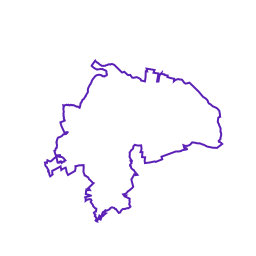 Pericei, Salaj, Romania, rotated 247°
{"feature_id": "2599482B97319558947930", "entity_name": "Pericei", "entity_type": "district", "adm_level": 2, "iso_a3": "ROU", "parent_name": "Romania", "parent_adm1": "Salaj", "projection": "albers", "projection_center": [22.87, 47.24], "detail": "fine", "context": "isolated", "style": "outline", "palette": "violet", "viewbox_px": 256, "rotation_deg": 247, "n_neighbors": 0, "source": "geoboundaries", "source_scale": "gbopen_adm2", "svg_char_len": 5691}
<svg xmlns="http://www.w3.org/2000/svg" viewBox="0 0 256 256"><g transform="rotate(247 128 128)"><path d="M191.3,140.1L192.6,139.0L193.2,138.1L193.4,137.5L193.3,136.6L193.9,135.9L194.2,134.6L194.1,133.6L194.3,132.3L194.2,131.3L195.3,128.4L197.3,126.9L199.8,125.7L200.3,125.1L201.4,124.7L202.2,124.0L202.7,124.0L199.7,119.0L199.4,118.8L196.5,120.2L194.0,122.2L193.8,122.6L193.9,122.9L193.4,124.0L193.1,125.7L192.2,127.2L192.2,127.7L191.7,127.9L189.4,130.1L188.7,130.3L186.9,129.6L185.8,129.6L185.0,129.2L184.8,128.5L185.0,127.4L184.6,126.7L184.7,126.2L185.4,125.5L185.7,124.7L186.1,124.7L186.8,124.3L188.3,122.3L188.8,120.0L188.8,119.3L188.5,118.1L186.4,114.2L185.2,112.8L184.3,112.1L183.6,111.1L182.9,110.5L182.7,109.8L180.1,106.8L178.5,105.8L176.7,105.1L176.0,104.2L175.2,102.9L173.8,101.5L173.9,101.2L173.4,100.8L173.2,100.3L171.9,98.6L171.8,98.0L171.9,97.7L171.4,96.6L170.6,96.0L170.3,95.4L169.7,95.1L169.3,94.0L166.8,92.5L165.6,91.4L166.1,91.1L166.3,90.7L167.0,90.5L167.5,89.9L167.5,89.4L167.9,88.9L168.1,88.6L168.4,88.5L168.8,88.0L169.7,87.5L170.0,87.0L170.7,86.3L170.7,85.4L171.6,84.6L171.8,84.1L171.6,83.5L171.8,82.7L172.7,82.3L172.8,81.1L173.5,80.4L173.5,80.0L173.4,79.5L173.8,78.1L173.8,77.6L174.1,77.3L173.7,77.2L173.1,77.6L172.9,77.5L172.7,77.0L172.3,76.7L171.8,76.7L171.3,76.2L170.3,75.8L167.9,75.2L166.4,74.1L165.1,73.9L164.6,73.4L162.3,73.1L161.7,72.5L160.3,72.6L159.8,72.8L159.5,72.5L159.6,68.0L156.0,67.5L148.7,67.7L148.2,69.1L148.0,70.4L147.7,70.8L147.5,70.7L146.7,68.6L147.4,65.9L146.7,64.5L146.4,63.6L146.3,61.4L146.5,60.3L146.3,59.6L145.0,58.2L143.1,56.9L143.0,56.6L142.4,56.7L141.6,56.2L140.3,56.1L138.2,54.9L137.6,54.7L137.5,53.6L137.1,53.2L136.1,52.7L135.7,52.1L135.7,51.3L132.5,50.9L131.6,51.0L130.8,51.2L129.6,54.8L128.8,54.7L129.3,52.8L128.9,52.8L127.9,54.2L127.6,55.2L126.8,56.1L124.8,57.1L122.6,57.7L122.5,56.2L122.1,56.1L122.3,53.9L121.9,53.8L121.8,53.3L123.1,53.4L123.5,53.3L123.7,52.9L123.6,51.9L123.1,51.8L122.9,51.3L123.5,49.8L123.6,49.7L124.8,49.9L128.6,50.7L130.1,50.8L130.2,50.6L129.2,50.2L129.1,48.8L127.5,44.1L127.6,43.4L127.7,43.1L129.8,41.2L127.6,39.8L128.2,39.2L128.6,38.1L127.5,38.0L127.0,37.6L125.8,37.3L124.8,37.4L123.5,38.0L122.1,38.0L120.4,38.4L119.8,38.3L119.7,37.7L119.2,37.4L117.8,38.0L115.7,37.4L113.9,37.5L114.7,40.5L115.5,40.5L118.2,41.5L118.3,44.5L119.0,50.9L115.4,50.2L115.8,51.3L115.9,55.1L113.7,54.9L112.2,54.3L108.2,54.4L108.3,55.4L109.2,62.5L111.8,64.2L113.4,64.7L112.9,66.5L112.9,67.8L111.2,72.6L110.0,72.0L109.6,72.1L105.4,70.0L103.7,69.7L102.1,69.8L101.3,69.5L100.3,70.6L99.2,71.1L98.8,71.6L97.9,72.1L96.3,72.1L93.9,73.2L91.2,74.2L90.7,74.7L88.2,68.0L87.5,68.5L85.7,68.7L86.2,67.7L86.5,66.5L87.5,66.1L87.6,65.9L87.3,65.9L86.6,64.9L83.6,63.3L82.2,65.3L80.3,67.4L80.2,67.3L80.4,65.8L81.0,61.5L79.3,61.4L77.6,60.6L77.9,61.6L77.9,63.0L77.8,63.8L77.5,64.1L77.5,64.9L76.8,66.0L75.5,66.1L74.9,65.2L74.4,64.7L71.0,65.6L69.7,65.4L68.7,65.7L66.8,66.5L66.5,67.0L66.0,67.3L63.7,66.0L63.9,65.2L63.3,63.5L62.4,63.5L61.1,64.2L60.5,63.9L59.9,63.0L58.1,63.6L58.0,63.8L57.5,63.8L56.1,62.9L55.5,62.0L54.4,62.6L54.1,63.0L54.3,63.0L56.3,65.5L58.6,67.5L57.2,68.5L56.2,67.6L55.2,66.3L54.4,67.0L55.2,67.8L56.7,69.0L56.8,70.8L57.5,72.1L58.0,74.0L58.1,73.8L58.1,73.4L58.0,72.7L57.6,71.7L57.3,70.1L58.0,70.0L59.4,70.9L60.4,72.2L60.4,72.4L60.2,72.6L60.4,73.4L60.0,73.7L60.0,73.9L60.5,74.2L60.2,74.7L61.0,75.2L60.4,75.7L60.2,76.9L60.4,79.3L61.2,80.7L61.3,81.9L61.1,82.4L59.8,84.1L58.7,84.4L58.3,84.6L58.1,85.2L53.5,86.3L53.3,87.9L53.9,88.3L54.9,89.9L55.2,90.6L55.4,91.9L54.6,93.8L54.6,95.9L54.1,96.6L54.0,97.2L54.6,99.5L57.4,99.3L59.2,100.7L60.8,101.0L62.3,101.9L64.7,99.8L65.7,98.7L66.1,98.4L66.5,99.4L66.8,98.3L67.1,98.1L68.8,97.6L68.5,99.4L68.5,100.6L69.9,103.6L70.0,104.9L70.8,107.1L70.9,107.8L71.8,109.8L79.4,111.0L80.3,112.4L82.9,115.7L81.6,116.6L81.2,118.4L85.3,117.1L87.0,116.9L88.2,115.9L90.1,115.3L91.8,115.7L92.1,115.2L92.6,115.2L93.3,115.5L94.4,117.6L96.3,117.5L96.0,118.1L95.9,118.6L96.1,118.8L98.5,118.2L101.0,118.2L103.1,119.4L104.9,120.0L105.0,120.4L105.5,121.2L106.3,122.1L106.4,123.0L107.1,124.6L109.1,125.9L109.4,126.9L109.9,127.6L107.9,130.3L106.9,133.3L103.4,132.3L102.8,131.9L100.9,130.1L100.1,131.9L96.1,129.7L96.0,129.9L95.6,129.7L94.3,132.3L91.5,130.6L89.1,129.9L87.8,134.3L86.8,139.6L86.0,140.2L85.8,147.3L88.5,147.6L87.7,162.9L86.4,166.0L86.3,167.0L86.1,167.6L86.3,168.4L86.2,170.2L85.5,172.9L85.4,173.9L86.2,174.0L86.8,173.7L87.7,172.0L90.4,172.4L89.2,173.6L88.3,175.9L88.3,178.4L88.6,179.3L89.6,181.1L89.6,181.7L89.1,182.3L88.3,184.0L87.2,185.2L86.3,186.9L86.0,187.5L85.9,188.1L85.5,188.3L84.5,189.5L83.8,190.0L83.3,190.9L80.0,193.6L76.7,198.4L74.9,202.2L76.5,208.5L78.1,207.8L79.6,206.8L79.7,206.4L80.6,206.4L81.8,208.9L82.7,209.2L85.2,211.1L87.5,211.8L87.6,211.7L88.3,211.6L91.5,213.1L95.0,213.0L96.2,213.2L97.2,213.0L98.7,213.1L102.3,215.2L102.4,216.5L102.3,217.2L103.0,217.3L104.1,217.8L107.9,218.7L108.7,218.6L111.0,217.8L112.0,217.2L115.0,214.4L117.6,213.2L118.9,212.1L120.4,211.8L121.1,212.0L122.8,211.9L125.4,210.7L127.2,209.3L131.1,208.1L133.3,207.5L145.7,202.3L146.1,199.4L146.4,198.3L147.6,197.5L151.3,196.6L151.8,195.9L152.6,194.2L153.3,193.6L153.5,193.1L153.7,190.5L153.1,188.5L155.3,189.7L157.2,186.9L159.5,184.2L160.8,185.0L162.5,182.3L162.7,182.2L163.2,182.4L164.8,179.8L165.5,180.3L164.9,178.9L164.2,177.8L163.3,176.9L158.9,174.2L159.4,172.9L166.3,177.3L168.9,173.1L171.0,175.1L175.4,168.3L172.7,167.8L173.4,166.9L173.4,166.6L167.5,163.8L164.3,161.8L165.0,160.8L166.6,158.6L167.3,158.8L168.0,158.6L169.8,157.4L171.2,156.1L171.4,155.9L172.1,152.5L172.9,151.5L176.0,150.8L176.2,150.4L176.5,149.0L177.3,148.3L181.2,146.6L181.2,145.6L181.4,144.2L191.3,140.1Z" fill="none" stroke="#5b21b6" stroke-width="2"/></g></svg>